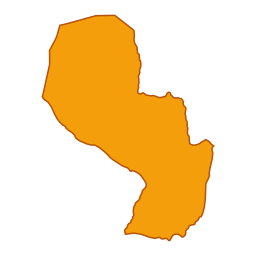 outline of Paraguay
{"feature_id": "PRY", "entity_name": "Paraguay", "entity_type": "country or territory", "adm_level": 0, "iso_a3": "PRY", "parent_name": "South America", "parent_adm1": "", "projection": "equal_earth", "projection_center": [-57.583, -23.42], "detail": "fine", "context": "isolated", "style": "filled", "palette": "amber", "viewbox_px": 256, "rotation_deg": 0, "n_neighbors": 0, "source": "natural_earth", "source_scale": "50m", "svg_char_len": 3078}
<svg xmlns="http://www.w3.org/2000/svg" viewBox="0 0 256 256"><path d="M134.0,39.6L134.4,41.6L134.7,43.2L135.4,44.3L136.1,45.7L136.8,46.6L137.2,47.9L137.1,49.5L137.4,51.5L137.7,53.2L138.1,53.7L139.0,54.1L139.5,55.7L139.2,56.5L139.3,57.4L139.7,58.3L139.3,59.2L139.5,59.8L140.2,60.4L140.8,62.6L140.8,66.3L140.2,68.3L139.6,70.0L139.5,71.0L139.9,72.4L139.2,74.2L138.4,76.2L138.6,77.7L138.8,79.1L138.8,80.5L139.0,81.9L138.8,83.3L138.5,84.6L138.4,86.0L138.7,87.7L138.1,89.2L137.8,90.3L137.6,91.4L138.2,93.1L139.8,93.8L141.0,94.0L142.1,93.1L143.0,92.8L144.6,93.7L146.1,95.1L148.0,95.3L149.7,95.6L151.0,96.0L152.9,95.5L154.8,96.0L157.1,96.8L159.0,97.6L160.9,97.4L162.3,97.3L163.8,96.5L165.2,96.6L166.3,95.1L166.9,93.8L167.5,92.9L169.0,92.2L170.1,92.7L171.0,95.0L172.5,96.4L173.1,97.4L174.3,97.8L176.8,97.9L178.3,97.8L180.1,98.6L181.2,98.6L182.3,99.8L183.2,101.4L183.3,104.2L184.2,106.3L185.3,107.2L185.9,108.5L185.7,110.4L185.2,112.3L185.2,114.4L185.8,116.3L185.8,118.2L186.2,120.1L187.0,121.7L187.3,124.3L187.1,126.2L187.6,127.3L187.8,128.8L187.5,130.1L187.4,131.8L187.4,133.3L187.8,134.6L189.0,136.2L189.3,139.1L189.3,141.1L189.8,143.4L190.8,144.5L192.5,144.9L194.3,145.2L196.6,144.7L198.6,144.0L199.8,143.4L202.0,141.7L204.0,140.7L205.0,140.1L205.9,139.6L207.9,140.7L209.7,142.1L211.1,144.0L213.7,146.0L213.1,146.5L212.1,148.2L212.1,150.2L212.8,153.1L212.1,159.1L210.0,168.3L209.1,173.6L209.5,175.2L208.7,177.8L205.9,183.6L205.7,187.5L205.3,199.1L204.3,207.2L202.7,213.3L201.3,216.5L200.0,216.9L199.1,217.8L198.5,219.3L197.5,220.6L195.9,221.6L195.1,222.7L195.0,224.0L193.5,224.7L190.7,225.1L189.1,226.0L188.6,227.6L187.7,228.9L186.3,229.8L185.7,231.4L185.7,233.5L184.9,235.4L183.3,236.9L181.8,237.0L180.4,235.5L178.5,234.5L176.2,234.1L174.3,234.4L172.7,235.6L171.3,237.6L170.1,240.2L168.8,240.6L167.3,238.9L165.5,238.3L163.2,239.0L161.4,238.8L160.1,237.6L158.0,237.5L155.3,238.4L149.7,237.3L141.3,234.3L134.1,233.1L125.4,234.2L124.6,231.1L125.1,229.3L126.5,228.1L127.4,226.6L127.7,225.0L128.7,223.7L130.3,222.8L131.0,222.0L130.8,221.1L131.1,220.3L132.0,219.6L132.5,218.6L132.7,217.1L133.0,216.4L133.6,215.9L133.7,214.9L133.3,211.7L133.4,209.2L133.8,207.2L134.3,206.0L134.7,205.7L135.1,205.0L135.2,203.8L135.8,202.6L138.6,200.3L139.6,199.1L139.7,197.9L140.2,196.4L141.8,193.1L142.3,191.5L142.4,190.7L143.0,189.9L145.0,188.1L146.1,186.3L146.2,184.7L145.8,182.8L144.6,180.8L141.0,175.6L138.2,173.2L134.7,171.3L132.3,170.6L131.2,171.3L130.0,170.8L128.9,169.0L126.9,167.6L122.8,166.1L113.3,160.0L109.6,157.1L108.3,155.3L104.8,152.0L99.0,147.3L94.5,145.0L91.5,145.1L86.5,143.8L79.7,140.9L75.8,138.1L74.7,135.4L72.1,132.7L68.1,130.0L66.0,128.2L65.9,127.3L64.7,126.2L62.5,124.8L60.0,122.5L57.4,119.1L54.5,113.9L51.4,106.9L48.1,102.2L44.6,99.7L42.9,98.1L42.9,97.3L42.3,96.5L42.8,95.2L44.0,89.8L45.7,82.0L47.5,74.0L49.6,64.5L49.6,57.7L49.5,50.6L52.6,44.7L54.8,40.6L56.7,36.6L58.6,29.8L59.9,25.3L64.9,24.2L73.5,21.9L77.8,20.7L86.7,18.2L95.9,15.7L105.5,15.5L114.8,15.4L122.0,21.0L127.5,25.3L133.6,30.1L134.0,31.1L134.4,35.1L134.0,39.6Z" fill="#f59e0b" stroke="#b45309" stroke-width="1.5"/></svg>